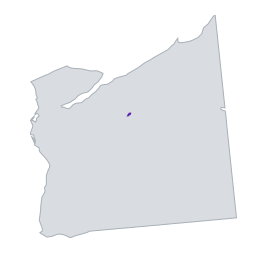 Saqulta, Suhaj, Egypt (highlighted), rotated 264°
{"feature_id": "37247803B11540085647408", "entity_name": "Saqulta", "entity_type": "district", "adm_level": 2, "iso_a3": "EGY", "parent_name": "Egypt", "parent_adm1": "Suhaj", "projection": "natural_earth1", "projection_center": [31.659, 26.692], "detail": "fine", "context": "in_parent", "style": "filled", "palette": "violet", "viewbox_px": 256, "rotation_deg": 264, "n_neighbors": 0, "source": "geoboundaries", "source_scale": "gbopen_adm2", "svg_char_len": 3600}
<svg xmlns="http://www.w3.org/2000/svg" viewBox="0 0 256 256"><g transform="rotate(264 128 128)"><path d="M230.9,226.5L225.3,226.5L219.7,226.5L214.0,226.5L208.4,226.5L202.8,226.5L197.2,226.5L191.6,226.5L186.0,226.5L180.3,226.5L174.7,226.5L169.1,226.5L163.5,226.5L157.9,226.5L152.3,226.5L146.6,226.5L141.0,226.5L137.8,226.5L138.4,224.7L138.7,223.4L138.3,222.5L137.2,222.3L136.5,222.6L134.8,226.4L134.0,226.6L132.0,226.6L125.4,226.6L118.9,226.5L112.4,226.5L105.8,226.5L99.3,226.5L92.7,226.5L86.2,226.5L79.6,226.5L73.1,226.5L66.6,226.5L60.0,226.5L53.5,226.5L46.9,226.5L40.4,226.5L33.9,226.5L27.3,226.5L27.4,222.0L27.4,217.4L27.5,212.8L27.5,208.2L27.6,203.6L27.7,199.1L27.7,194.5L27.8,189.9L27.8,185.3L27.9,180.7L28.0,176.2L28.0,171.6L28.1,167.0L28.2,162.4L28.2,157.8L28.3,153.3L28.3,148.7L28.4,144.1L28.5,139.5L28.5,134.9L28.6,130.3L28.7,125.8L28.7,121.2L28.8,116.6L28.9,112.0L29.0,107.4L29.0,102.8L29.1,98.3L29.2,93.7L29.2,89.1L29.3,84.5L29.4,79.9L29.3,79.1L28.4,76.0L27.6,72.0L26.8,67.1L26.7,65.6L25.2,60.5L25.1,59.1L25.5,58.1L28.1,53.9L28.9,51.8L29.6,49.4L29.8,47.4L29.1,44.3L28.3,41.6L28.1,38.7L28.0,36.0L29.3,34.1L30.9,32.3L31.5,31.2L32.4,30.0L33.1,29.4L34.3,31.9L36.9,32.3L45.5,30.1L54.9,32.4L60.0,33.2L68.0,35.1L72.9,38.5L74.2,38.9L77.7,38.8L80.0,40.8L89.1,41.8L94.0,44.0L96.7,45.7L98.4,46.3L99.9,46.2L101.9,45.5L104.4,44.3L107.1,42.6L112.8,38.2L114.8,37.4L116.1,37.6L117.7,37.5L118.3,36.3L119.2,35.5L119.7,34.6L120.6,33.5L123.5,33.2L129.4,31.2L128.7,32.2L123.4,34.3L125.7,34.6L128.0,33.8L130.7,33.4L131.2,32.5L131.5,30.7L132.1,30.5L133.9,30.8L139.4,33.5L140.8,33.5L144.7,32.1L145.5,31.8L146.8,32.6L149.6,35.9L148.6,35.8L145.6,33.0L145.3,34.4L143.5,36.8L145.7,37.9L147.5,38.3L148.5,39.7L149.1,40.9L150.8,40.4L152.1,38.7L151.4,37.8L151.0,36.8L151.5,36.8L152.8,37.6L156.3,40.8L157.4,41.4L158.8,41.3L161.6,40.4L162.4,40.6L166.2,39.4L166.7,40.2L167.3,41.1L170.4,40.1L175.2,40.2L179.1,39.1L183.7,36.6L184.1,36.2L184.3,36.8L184.9,38.6L186.3,42.9L187.5,46.3L189.0,51.1L189.5,52.9L189.7,54.1L191.9,59.3L193.3,63.6L194.2,67.1L195.6,72.1L196.2,73.9L195.2,74.8L193.4,78.1L191.5,88.6L188.6,96.8L188.3,101.9L187.9,103.7L186.5,106.3L184.9,108.9L181.9,107.5L177.1,103.1L174.3,98.8L171.3,96.1L168.4,92.5L167.6,89.8L167.7,88.2L166.4,84.1L165.5,82.1L162.0,77.8L161.0,75.5L160.3,74.5L159.5,73.0L158.2,67.3L156.9,63.8L155.3,64.7L155.6,66.3L154.2,68.3L153.4,70.8L154.1,72.7L156.9,75.8L157.5,77.1L158.1,79.9L158.0,83.8L158.5,85.1L160.6,88.0L161.4,89.7L161.8,91.2L162.5,92.5L164.6,95.0L167.7,99.8L170.6,103.0L172.6,104.6L173.5,106.1L173.7,110.1L173.6,112.1L175.4,115.7L176.1,117.5L177.9,119.0L178.7,120.7L179.4,123.5L180.6,131.6L182.1,133.6L186.9,144.4L191.0,151.2L193.0,156.2L196.0,162.4L201.8,176.0L205.3,180.2L206.7,182.5L209.2,184.3L212.0,186.9L209.4,186.7L208.7,186.8L207.8,187.3L207.4,188.9L207.2,190.2L207.6,197.0L208.3,200.5L210.7,207.2L212.4,209.1L213.2,210.4L214.4,211.4L219.8,213.6L223.0,218.4L230.2,224.5L230.9,226.1L230.9,226.5Z" fill="#d9dde1" stroke="#a8b0b8" stroke-width="1"/><path d="M142.5,131.2L142.4,131.2L142.2,131.0L142.2,130.9L142.0,130.7L141.9,130.5L141.8,130.4L141.7,130.3L141.7,130.2L141.4,130.2L141.3,129.9L141.2,129.9L141.1,129.7L140.9,129.5L140.8,129.4L140.7,129.4L140.5,129.5L140.4,129.5L140.3,129.4L140.3,129.5L140.5,129.8L140.6,130.0L140.8,130.2L141.0,130.2L141.2,130.3L141.3,130.4L141.4,130.5L141.4,130.8L141.4,131.0L141.3,131.3L141.4,131.5L141.5,131.6L141.8,131.7L142.0,131.7L142.2,131.8L142.3,131.8L142.5,131.9L142.6,132.0L142.8,131.9L142.7,131.9L142.6,131.7L142.5,131.4L142.4,131.3L142.4,131.2L142.5,131.2L142.5,131.2Z" fill="#8b5cf6" stroke="#5b21b6" stroke-width="1.5"/></g></svg>